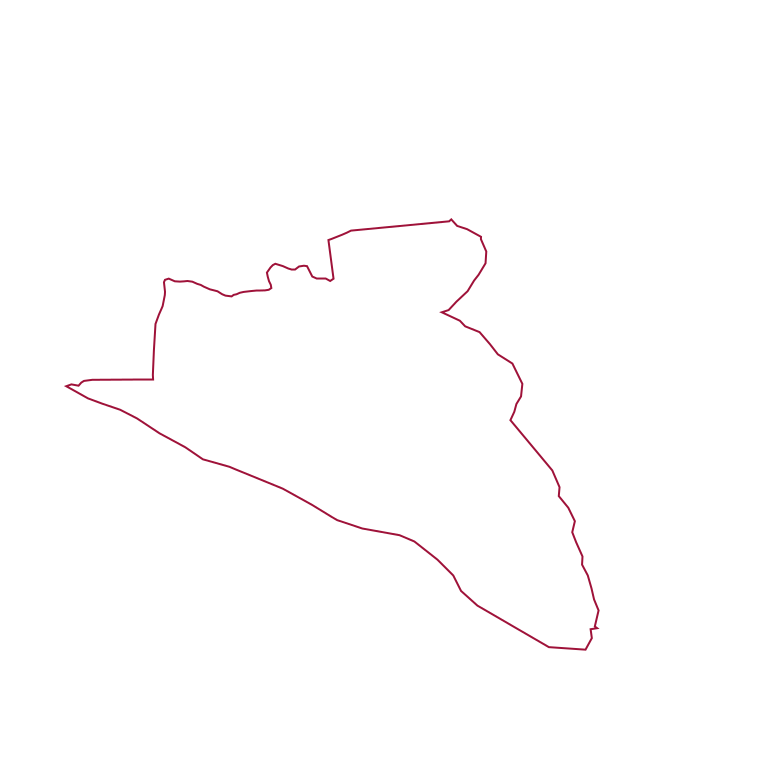 the district of Ajaokuta, Kogi, Nigeria, rotated 113°
{"feature_id": "59680162B23949108035203", "entity_name": "Ajaokuta", "entity_type": "district", "adm_level": 2, "iso_a3": "NGA", "parent_name": "Nigeria", "parent_adm1": "Kogi", "projection": "equal_earth", "projection_center": [6.529, 7.503], "detail": "fine", "context": "isolated", "style": "outline", "palette": "rose", "viewbox_px": 768, "rotation_deg": 113, "n_neighbors": 0, "source": "geoboundaries", "source_scale": "gbopen_adm2", "svg_char_len": 1768}
<svg xmlns="http://www.w3.org/2000/svg" viewBox="0 0 768 768"><g transform="rotate(113 384 384)"><path d="M206.2,386.4L208.8,387.6L255.7,474.3L259.2,477.3L263.1,481.0L271.0,489.0L273.2,491.4L306.8,471.6L310.2,473.8L309.7,478.8L313.2,487.2L313.1,492.0L305.6,500.9L306.4,503.9L309.0,508.1L313.4,510.6L314.7,513.6L315.1,517.2L315.0,523.2L315.8,531.0L318.0,532.8L321.1,534.0L327.2,535.3L330.7,532.9L334.3,530.0L336.9,527.0L339.7,525.2L342.3,526.9L344.3,530.1L346.5,534.9L347.8,537.9L350.4,542.7L354.1,549.2L356.4,552.4L359.0,554.8L360.7,557.2L362.9,558.5L364.6,564.5L364.6,568.1L364.1,571.1L363.7,573.5L364.3,577.5L364.9,581.3L364.8,587.9L364.4,591.4L364.8,595.0L364.7,600.4L366.0,605.2L367.7,608.3L369.5,611.9L371.2,616.7L371.1,623.3L373.7,626.3L376.3,626.3L384.7,621.6L387.8,620.5L393.5,619.3L398.8,618.2L401.1,618.2L408.0,618.3L418.0,617.8L442.8,609.0L466.0,600.3L470.1,598.3L475.8,611.7L494.1,654.1L498.4,661.4L501.0,663.2L504.9,664.5L506.5,671.6L510.2,675.6L512.9,650.8L512.2,635.7L510.8,616.8L512.2,597.9L517.1,571.4L519.9,542.1L524.1,521.3L520.6,493.9L520.6,488.0L519.9,436.3L523.4,402.9L526.8,380.2L527.6,373.9L525.5,347.5L517.1,310.6L517.1,294.5L524.8,266.2L533.2,245.4L544.4,232.2L551.5,211.4L561.8,129.4L549.8,94.7L536.7,93.4L529.0,98.0L525.5,92.4L524.8,95.2L508.6,98.0L500.2,106.5L491.1,113.1L480.6,121.6L472.9,131.1L465.2,133.9L454.6,145.3L446.9,152.8L435.7,154.7L425.9,166.0L418.9,179.3L410.4,182.1L397.8,195.3L367.9,253.5L358.7,253.2L350.7,254.3L341.9,253.0L329.8,256.7L315.0,273.8L312.2,290.8L305.9,302.1L298.9,316.3L299.2,331.8L296.1,338.9L295.4,358.8L290.7,353.4L279.9,349.5L265.9,343.3L253.6,341.5L246.5,339.6L233.2,337.7L222.1,341.6L212.8,351.4L210.6,352.2L209.0,368.0L209.9,378.4L206.2,386.4Z" fill="none" stroke="#9f1239" stroke-width="2"/></g></svg>